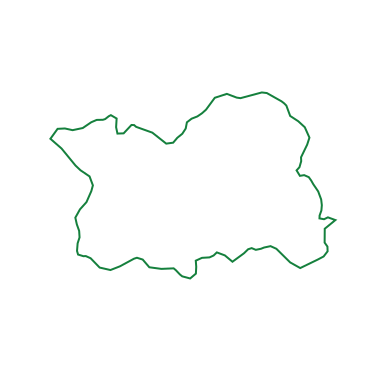 outline of Manisa, rotated 333°
{"feature_id": "TUR-2277", "entity_name": "Manisa", "entity_type": "Province", "adm_level": 1, "iso_a3": "TUR", "parent_name": "Turkey", "parent_adm1": "", "projection": "natural_earth1", "projection_center": [28.179, 38.758], "detail": "fine", "context": "isolated", "style": "outline", "palette": "green", "viewbox_px": 384, "rotation_deg": 333, "n_neighbors": 0, "source": "natural_earth", "source_scale": "10m", "svg_char_len": 1551}
<svg xmlns="http://www.w3.org/2000/svg" viewBox="0 0 384 384"><g transform="rotate(333 192 192)"><path d="M267.6,120.4L274.7,128.2L277.8,130.4L299.4,135.0L303.6,137.8L312.9,151.8L314.3,154.7L315.3,157.8L314.0,168.8L318.8,177.2L321.9,185.5L321.3,196.9L316.1,202.1L304.9,210.6L303.3,214.1L299.0,218.7L295.0,220.2L295.5,226.6L299.6,227.9L302.8,231.8L303.4,235.8L303.6,240.1L304.7,248.8L303.7,257.3L301.7,262.7L298.9,267.2L295.0,270.9L293.6,273.4L297.3,276.2L301.6,276.3L307.0,282.1L293.6,285.0L287.2,297.3L287.9,302.1L285.9,306.4L280.0,309.2L273.5,309.3L253.9,308.9L247.5,299.3L241.4,280.9L237.4,275.9L231.0,274.2L227.7,273.9L222.6,272.5L219.7,269.1L216.0,268.5L210.5,270.2L196.4,272.5L192.5,263.4L186.7,257.1L182.4,258.4L177.9,258.2L171.0,255.2L164.2,254.9L161.8,260.6L158.4,266.5L151.1,268.2L145.0,262.7L143.8,260.0L142.1,254.3L141.0,251.7L129.8,246.6L119.8,239.7L117.4,229.8L113.1,225.6L110.1,225.1L94.0,225.5L83.9,224.5L75.4,217.4L71.6,205.0L68.3,200.9L66.1,199.9L62.1,196.0L62.8,192.3L66.8,185.8L71.2,181.4L73.8,175.4L74.7,168.5L76.4,161.9L84.3,156.6L93.4,153.1L102.7,145.5L106.7,141.1L107.8,131.6L102.5,122.0L100.2,115.5L95.5,94.0L90.0,80.3L100.9,74.7L107.6,77.7L113.7,82.7L123.7,85.4L133.9,84.1L139.8,84.5L145.4,87.2L147.7,87.6L152.3,86.7L154.6,86.7L158.2,92.3L153.8,99.8L152.1,106.1L157.7,108.7L168.5,104.8L170.8,106.1L171.8,108.6L183.6,121.1L191.0,137.2L197.6,139.5L203.6,137.0L209.8,135.7L215.2,132.6L219.1,127.6L224.9,126.5L231.1,127.1L236.6,126.4L241.9,125.0L255.1,118.4L267.6,120.4Z" fill="none" stroke="#15803d" stroke-width="2"/></g></svg>